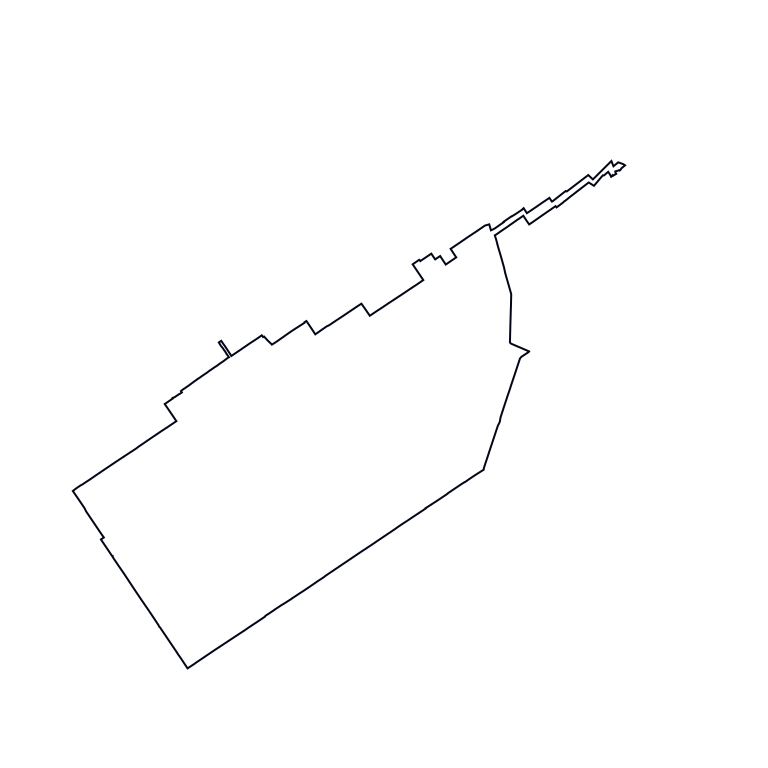 Valle Hermoso, Tamaulipas, Mexico (Mercator projection), rotated 56°
{"feature_id": "50627088B70713462324597", "entity_name": "Valle Hermoso", "entity_type": "district", "adm_level": 2, "iso_a3": "MEX", "parent_name": "Mexico", "parent_adm1": "Tamaulipas", "projection": "mercator", "projection_center": [-97.883, 25.782], "detail": "fine", "context": "isolated", "style": "outline", "palette": "ink", "viewbox_px": 768, "rotation_deg": 56, "n_neighbors": 0, "source": "geoboundaries", "source_scale": "gbopen_adm2", "svg_char_len": 5160}
<svg xmlns="http://www.w3.org/2000/svg" viewBox="0 0 768 768"><g transform="rotate(56 384 384)"><path d="M372.1,705.6L375.2,705.6L375.2,705.3L376.1,705.7L385.8,705.7L396.0,705.6L396.5,705.6L406.4,705.7L417.1,705.8L426.8,705.8L427.0,705.8L437.6,705.7L447.8,705.7L458.0,705.8L459.5,706.1L460.5,705.8L468.4,705.8L469.0,705.8L478.6,705.8L479.1,705.8L488.6,705.8L489.3,705.8L493.9,705.9L495.4,705.8L499.6,705.8L509.9,705.9L510.0,696.6L509.9,695.7L509.9,684.9L509.9,674.7L509.9,671.9L510.0,664.7L510.0,663.9L510.1,654.0L510.1,653.2L510.2,643.1L510.3,636.6L510.2,632.9L510.3,622.4L510.3,612.7L509.9,612.0L510.0,601.7L509.9,601.4L510.0,591.5L510.1,591.2L510.4,580.9L510.3,580.5L510.4,570.4L510.5,567.0L510.5,559.9L510.4,549.3L510.5,542.0L510.3,539.3L510.3,528.7L510.3,518.2L510.3,517.9L510.3,507.8L510.3,506.3L510.3,496.3L510.4,486.7L510.4,476.8L510.4,466.1L510.4,455.5L510.3,452.4L510.3,448.5L510.3,446.1L510.3,445.6L510.4,442.4L510.4,434.9L510.4,434.7L510.5,424.2L510.5,419.0L510.2,418.9L510.4,409.6L510.5,403.3L510.5,392.6L510.3,392.3L510.3,391.7L510.3,385.4L510.3,383.3L510.3,382.8L510.3,376.2L510.4,372.1L510.6,371.9L510.5,366.4L510.5,363.4L510.5,359.6L510.8,349.3L510.4,349.0L509.3,347.9L500.1,336.0L498.6,334.1L482.3,313.0L480.7,310.1L479.7,308.7L477.8,307.0L476.5,305.6L471.1,298.7L463.1,288.4L458.5,282.3L456.4,279.7L448.5,269.4L439.2,257.4L438.8,256.7L438.5,255.9L438.4,255.3L438.3,254.6L438.4,246.2L438.1,245.5L433.1,248.7L429.0,251.3L428.8,251.5L428.5,251.7L423.0,255.2L421.8,256.0L421.5,256.1L421.1,256.2L420.8,256.3L420.4,256.3L420.1,256.3L419.7,256.2L419.4,256.0L419.2,255.8L413.7,251.9L404.7,245.5L395.8,239.1L392.7,236.9L392.1,236.4L382.8,229.8L382.1,229.3L381.1,228.6L380.4,228.2L372.8,225.7L366.0,223.5L365.0,223.2L359.6,221.4L354.4,219.3L350.1,217.9L349.0,217.5L340.4,214.7L337.4,213.8L331.8,212.0L331.8,211.9L327.1,210.3L323.4,209.2L322.7,209.0L322.8,207.7L322.8,206.0L322.7,201.4L322.7,201.1L322.7,200.9L322.7,199.4L322.7,194.2L322.6,190.8L322.5,184.2L322.4,181.1L322.5,180.1L322.4,174.4L327.6,174.5L332.9,174.4L332.9,170.2L332.7,159.1L332.5,142.3L334.1,142.2L333.7,134.1L333.4,132.6L333.4,131.1L333.2,128.3L332.9,125.2L332.7,121.8L332.2,114.5L331.4,101.6L337.1,99.1L333.4,86.0L334.1,85.0L333.8,82.5L333.6,80.7L333.5,79.5L336.5,79.5L339.2,79.8L338.8,77.8L339.4,77.9L339.6,73.9L338.4,73.9L337.1,73.4L337.8,71.3L338.4,69.0L338.8,69.0L338.6,67.8L338.0,66.8L337.5,61.9L336.8,62.2L335.7,62.6L335.1,63.0L334.3,63.6L333.3,64.3L332.6,64.8L332.0,65.3L331.4,65.8L331.2,65.9L331.8,72.0L326.3,70.8L328.0,79.7L331.2,96.4L325.0,97.8L326.6,124.8L325.6,125.5L326.1,132.6L326.2,133.9L326.8,142.3L326.7,142.8L322.2,142.8L322.2,143.2L322.2,149.0L322.2,151.5L322.3,159.1L322.3,161.3L322.3,170.0L316.3,169.9L316.4,171.1L316.7,171.2L316.7,179.2L316.5,184.4L316.3,184.5L316.4,194.1L316.8,194.1L316.8,194.3L316.9,199.5L317.0,205.2L316.8,207.0L316.4,209.4L310.5,207.5L310.3,208.1L309.2,211.4L309.1,211.8L309.2,222.1L309.1,232.3L309.1,232.6L309.2,243.0L309.2,246.2L309.2,253.2L315.8,253.3L319.4,253.3L319.5,266.0L309.3,265.9L309.3,271.9L302.4,271.9L302.4,275.0L302.4,277.1L302.4,279.3L302.4,280.9L302.4,285.2L300.8,285.2L300.7,285.4L300.8,291.7L300.8,293.3L306.7,293.3L309.2,293.3L319.8,293.3L319.9,301.8L319.8,305.7L319.8,309.9L319.8,314.1L319.8,318.3L319.7,326.7L319.6,335.1L319.6,339.1L319.6,343.2L319.5,347.8L319.5,352.9L319.5,357.6L309.3,357.7L304.8,357.8L304.7,362.7L304.7,368.6L304.7,374.0L304.7,379.4L304.6,388.0L304.6,389.4L304.6,392.3L304.6,396.2L304.5,396.5L304.6,397.3L304.2,398.8L304.2,401.2L304.4,413.2L298.9,413.1L288.4,413.1L288.3,414.8L288.3,415.2L288.4,415.5L288.8,415.7L288.7,420.8L288.5,429.0L288.5,431.1L288.5,433.2L288.5,433.7L288.8,448.4L288.8,450.6L288.7,454.9L288.4,454.9L282.5,456.2L278.1,456.8L277.6,456.9L277.5,458.0L275.3,458.1L275.4,462.2L275.4,466.1L275.3,470.3L275.3,472.6L275.4,486.5L275.4,494.9L274.6,494.8L271.0,494.8L264.1,494.7L260.7,494.8L257.2,494.8L257.2,497.7L260.9,497.9L264.2,497.6L264.3,497.6L264.5,497.6L264.9,497.6L265.1,497.6L265.3,497.6L265.6,497.6L265.8,497.6L266.0,497.6L266.4,497.6L266.6,497.6L266.9,497.6L267.1,497.6L267.3,497.6L267.5,497.5L271.1,497.7L274.6,497.6L275.1,497.6L275.0,498.6L275.1,500.9L275.2,502.9L275.3,504.2L275.3,505.7L275.3,507.1L275.3,508.6L275.4,511.3L275.5,512.7L275.4,514.1L275.4,515.5L275.4,517.4L275.4,518.1L275.5,519.6L275.4,520.9L275.5,522.2L275.6,523.6L275.6,524.6L275.6,525.1L275.6,527.6L275.6,528.9L275.6,530.9L275.7,533.1L275.7,535.1L275.5,535.7L275.8,537.1L275.7,538.3L275.8,539.6L275.8,540.9L275.9,542.2L275.9,543.4L276.0,544.2L276.0,545.6L276.1,546.1L276.1,547.4L276.1,550.0L276.2,551.3L276.1,552.6L276.1,553.6L276.2,554.7L276.2,555.0L276.3,556.3L278.0,556.3L278.0,558.3L277.8,560.2L277.9,560.6L277.8,562.6L277.9,564.7L277.4,566.7L277.4,567.3L277.9,567.4L278.0,577.0L288.4,576.9L298.7,576.9L298.7,587.6L298.6,593.7L298.6,597.7L298.6,608.1L298.7,618.6L298.7,619.0L298.7,623.1L298.9,625.2L298.7,639.5L298.6,650.1L298.6,660.3L298.6,670.8L298.7,681.2L298.6,691.3L298.4,691.9L298.4,697.0L298.7,701.8L309.1,701.7L318.6,701.7L319.4,701.7L323.1,702.2L329.6,702.2L334.7,702.2L340.1,702.2L350.4,702.2L354.6,702.1L354.6,705.6L372.1,705.6Z" fill="none" stroke="#020617" stroke-width="2"/></g></svg>